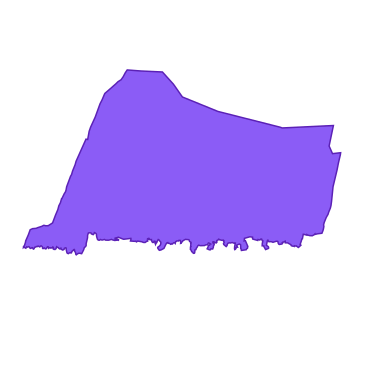 outline of Prundeni, Vâlcea, Romania, rotated 292°
{"feature_id": "2599482B15275275534961", "entity_name": "Prundeni", "entity_type": "district", "adm_level": 2, "iso_a3": "ROU", "parent_name": "Romania", "parent_adm1": "Vâlcea", "projection": "natural_earth1", "projection_center": [24.227, 44.727], "detail": "fine", "context": "isolated", "style": "filled", "palette": "violet", "viewbox_px": 384, "rotation_deg": 292, "n_neighbors": 0, "source": "geoboundaries", "source_scale": "gbopen_adm2", "svg_char_len": 5920}
<svg xmlns="http://www.w3.org/2000/svg" viewBox="0 0 384 384"><g transform="rotate(292 192 192)"><path d="M306.6,298.2L285.2,251.7L285.1,249.4L276.4,185.8L276.5,147.5L285.0,134.4L292.2,119.6L285.0,99.1L280.9,86.2L277.7,85.5L273.0,85.0L269.5,84.2L266.6,82.1L263.6,80.8L250.8,74.3L249.8,74.2L243.9,74.1L239.3,73.7L225.3,74.2L214.1,73.7L209.8,73.9L201.6,75.6L201.3,73.9L177.0,73.0L173.6,73.4L166.8,73.4L163.0,73.8L161.1,73.5L149.9,73.8L146.6,74.5L144.5,74.6L142.7,74.2L136.7,73.8L136.7,73.6L132.7,74.0L129.3,73.7L125.4,74.2L119.5,74.1L111.1,74.3L106.9,71.3L105.9,69.0L105.7,67.4L105.5,66.9L104.0,65.7L100.9,62.0L100.0,61.2L98.3,57.9L96.4,56.1L91.1,56.3L84.1,56.1L83.4,56.4L79.4,56.7L78.4,56.2L77.4,56.5L78.2,56.9L77.8,57.5L77.6,59.0L79.2,59.2L79.3,60.3L79.9,60.7L80.2,61.1L80.0,61.9L79.3,62.7L79.2,63.4L79.5,63.8L80.5,64.5L80.6,65.0L79.8,65.9L79.7,66.5L80.3,66.8L81.8,66.8L82.3,67.6L83.1,68.0L83.2,68.7L83.8,69.0L83.8,69.5L84.3,69.9L84.3,70.4L84.0,71.2L84.1,71.5L85.3,71.9L85.6,72.2L85.3,73.4L84.8,74.1L83.9,74.5L83.7,75.1L84.8,76.0L84.7,76.7L84.3,77.2L84.7,78.0L87.1,78.5L87.3,78.8L87.3,79.3L86.1,80.0L86.0,80.3L87.0,80.7L87.3,81.5L87.1,81.8L87.1,82.2L87.6,82.6L87.7,83.0L88.9,83.6L88.5,84.3L87.8,84.3L87.2,84.7L87.1,85.6L87.5,86.1L87.4,86.5L88.6,87.2L89.5,87.0L90.6,87.0L90.3,88.1L90.4,89.0L89.9,89.6L89.7,90.6L89.7,90.8L90.6,91.2L90.8,91.5L90.0,91.9L89.7,93.7L90.3,94.5L91.0,94.9L91.9,94.7L92.9,95.6L93.0,96.0L92.8,96.4L91.5,96.9L89.1,98.6L88.5,99.3L88.5,100.4L89.7,101.2L90.1,101.9L90.1,102.7L90.5,103.0L91.3,102.8L91.7,103.1L92.2,103.0L93.3,103.7L94.1,103.8L94.6,104.3L94.3,104.8L93.1,105.4L92.1,106.8L90.8,107.5L90.4,108.2L91.9,109.1L92.7,109.9L93.3,111.2L93.3,112.4L93.5,112.8L97.7,113.2L100.1,113.0L101.6,113.8L102.7,113.9L104.5,113.2L110.4,112.3L112.8,111.4L115.2,111.3L116.0,112.7L116.1,113.4L116.1,113.9L115.4,114.5L115.6,115.0L115.4,116.3L116.6,116.8L117.8,116.7L117.7,118.2L117.1,119.2L115.4,120.0L114.4,120.7L112.7,122.1L112.3,123.1L112.6,124.2L113.7,125.0L113.6,125.8L113.9,126.9L115.2,128.6L115.0,129.9L116.1,132.8L117.9,135.1L117.8,135.9L118.1,138.5L119.5,141.0L119.6,141.8L120.1,141.9L120.4,141.5L120.3,140.7L119.6,138.7L119.7,138.2L120.3,138.3L120.5,138.1L121.0,138.7L120.7,139.1L121.6,139.5L121.7,139.8L122.5,140.5L122.5,145.7L122.6,146.4L126.1,152.7L125.5,153.1L123.5,153.3L124.7,157.1L125.3,158.2L125.3,158.6L124.9,159.1L125.3,159.5L125.9,159.7L126.2,160.2L127.1,164.4L127.0,165.6L127.4,166.9L127.7,167.5L129.0,168.3L129.9,169.3L130.8,168.6L131.5,169.2L131.7,169.3L132.2,168.5L132.8,169.2L132.9,169.6L132.0,170.5L132.7,172.2L131.8,172.5L131.5,173.2L130.9,173.5L130.5,174.4L131.1,175.1L131.0,175.5L132.2,175.3L132.5,176.1L132.0,176.9L131.5,177.0L131.2,177.4L130.8,177.2L130.5,177.3L129.8,177.8L131.0,177.9L132.1,178.3L132.9,178.0L133.4,178.3L135.3,178.5L135.2,179.4L134.2,180.9L133.8,181.9L132.1,182.5L130.6,182.4L129.6,182.0L128.3,181.1L127.6,181.0L127.0,181.4L125.9,183.0L125.8,183.8L126.8,185.1L129.2,187.1L133.7,187.4L135.3,187.7L135.8,188.1L136.1,188.6L135.5,189.1L135.9,190.2L135.8,191.1L135.5,191.6L135.5,191.9L136.1,192.5L136.5,192.6L136.5,193.4L137.5,193.7L138.1,194.1L138.5,194.8L138.0,195.7L139.9,195.5L141.1,196.5L141.5,197.8L142.3,198.0L142.7,199.3L142.3,199.3L142.2,199.6L141.1,200.4L140.1,200.7L140.5,201.2L141.3,200.9L142.3,201.7L143.2,201.7L145.6,203.6L146.6,206.9L146.4,207.3L145.2,208.3L145.1,209.7L144.5,210.3L144.3,210.3L144.4,210.0L144.1,209.9L142.9,210.6L141.1,211.1L141.1,211.4L140.2,211.2L139.6,211.7L138.4,211.8L137.9,212.7L136.5,214.2L136.5,215.1L135.7,216.1L135.8,216.7L136.2,217.2L137.3,217.1L139.3,216.4L140.0,217.2L141.6,217.1L142.4,217.4L144.4,217.6L145.2,218.1L145.3,219.7L147.0,223.6L148.0,224.4L149.0,226.1L150.7,226.2L151.1,226.6L150.8,228.3L150.6,227.9L150.1,228.3L149.4,228.3L149.1,228.1L148.9,227.4L148.4,227.2L147.3,227.5L145.0,227.3L144.9,229.6L145.1,230.4L145.4,230.8L146.5,230.9L146.9,232.5L148.7,232.5L150.0,232.1L151.5,232.3L152.1,231.9L152.6,230.6L153.4,230.0L153.6,230.1L154.1,230.9L153.7,231.8L153.4,232.1L153.9,232.9L153.8,233.5L155.0,233.9L155.3,233.3L156.3,233.2L157.5,234.3L158.2,234.3L158.3,234.8L158.0,235.7L158.3,236.3L158.2,237.0L158.4,237.7L158.7,238.1L158.8,239.0L159.1,239.2L158.8,239.8L158.1,239.8L157.4,240.7L156.0,240.5L155.2,241.1L154.2,244.1L155.5,244.6L156.1,244.3L157.9,244.5L158.9,245.6L159.0,246.5L160.2,248.2L160.3,250.6L160.4,250.8L160.8,250.8L160.9,251.3L156.8,252.1L156.4,252.3L156.5,252.8L155.4,252.6L154.6,253.2L155.0,253.6L156.2,253.9L157.5,253.9L157.9,254.9L158.7,254.1L159.0,253.5L159.6,253.4L161.5,255.4L161.4,256.7L159.0,257.9L158.0,258.2L157.5,259.0L157.1,259.1L156.3,259.7L158.8,263.9L159.7,263.9L160.6,264.5L162.6,264.1L162.7,263.6L163.2,263.4L166.9,259.7L166.9,259.3L166.3,258.7L168.7,258.0L172.2,262.5L172.8,265.1L171.7,265.5L171.1,266.0L171.7,271.1L172.7,271.0L172.9,272.9L173.9,273.2L174.1,273.7L174.3,273.8L174.4,274.2L173.2,275.3L173.3,275.9L171.9,276.3L171.0,276.3L168.4,277.2L168.9,278.7L168.5,278.9L166.2,281.8L168.2,283.9L168.7,284.1L169.8,283.4L170.2,282.3L170.4,281.0L174.6,280.2L175.4,280.1L175.8,280.4L174.7,281.9L175.5,283.7L175.7,284.7L175.7,285.9L177.9,288.6L178.3,289.6L178.3,290.1L176.6,291.3L176.1,292.1L176.1,292.7L177.5,294.9L178.3,295.2L178.9,294.6L179.7,295.2L179.9,295.8L180.8,296.3L181.3,296.9L179.8,297.6L180.7,299.8L180.5,300.7L180.2,303.5L179.7,303.8L179.4,304.2L179.5,305.6L179.9,306.7L179.8,307.2L180.6,307.3L180.8,308.8L181.1,309.0L180.4,311.3L181.0,311.6L181.1,311.8L183.5,312.9L183.7,312.5L183.8,311.9L187.7,311.7L189.5,311.4L189.9,311.9L194.5,311.0L194.7,311.8L195.0,314.6L195.6,314.5L195.4,315.4L195.7,317.9L196.0,318.3L196.4,319.8L198.0,321.2L199.2,321.7L198.8,322.0L200.3,324.1L202.4,327.9L205.3,327.9L206.9,327.7L209.4,327.2L210.9,326.3L213.3,326.0L218.7,326.0L222.3,326.5L224.2,326.3L229.0,326.3L231.7,325.9L235.6,324.9L249.7,320.8L267.0,318.2L273.7,316.9L282.1,315.6L284.1,315.1L280.2,307.9L286.0,301.9L306.6,298.2Z" fill="#8b5cf6" stroke="#5b21b6" stroke-width="1.5"/></g></svg>